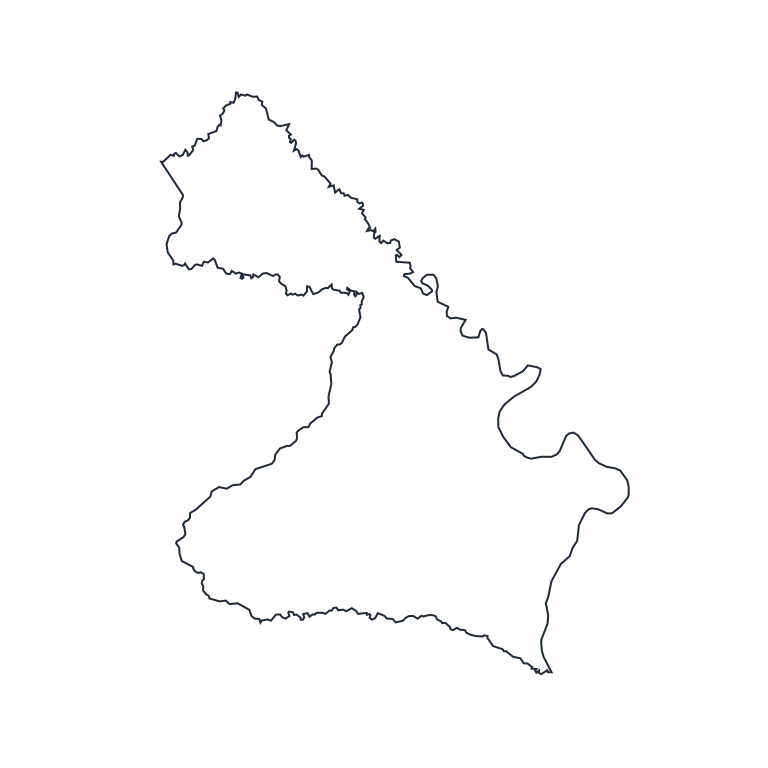 outline of Carolina, Maranhão, Brazil, rotated 172°
{"feature_id": "56859067B38321645183577", "entity_name": "Carolina", "entity_type": "district", "adm_level": 2, "iso_a3": "BRA", "parent_name": "Brazil", "parent_adm1": "Maranhão", "projection": "robinson", "projection_center": [-47.173, -7.453], "detail": "fine", "context": "isolated", "style": "outline", "palette": "slate", "viewbox_px": 768, "rotation_deg": 172, "n_neighbors": 0, "source": "geoboundaries", "source_scale": "gbopen_adm2", "svg_char_len": 6150}
<svg xmlns="http://www.w3.org/2000/svg" viewBox="0 0 768 768"><g transform="rotate(172 384 384)"><path d="M185.6,279.5L198.9,306.0L203.1,309.5L207.5,309.3L210.8,307.3L219.5,292.9L222.7,290.2L228.3,288.6L238.1,290.0L248.7,289.6L253.0,291.5L255.6,293.6L256.3,295.6L267.2,303.8L273.4,315.3L276.7,325.4L275.8,333.6L273.3,340.7L267.9,346.6L262.7,350.0L256.6,353.6L238.8,360.7L232.7,365.4L228.6,371.7L226.8,376.9L229.9,379.3L239.0,382.4L244.8,377.2L254.2,373.8L258.1,373.4L259.8,374.8L265.2,376.0L266.9,380.8L267.2,392.5L268.3,397.5L275.8,403.7L275.9,420.6L278.1,424.4L279.3,424.9L281.4,422.8L284.0,417.1L293.0,417.9L299.5,421.0L300.9,426.0L300.2,428.7L294.3,436.1L303.2,439.6L308.9,439.7L312.1,442.4L312.0,446.5L309.6,451.5L319.4,458.0L319.3,468.0L317.1,472.9L317.1,475.6L317.6,481.4L319.8,485.4L326.5,486.2L330.7,483.6L332.8,481.0L331.9,478.3L327.1,475.5L323.5,470.7L323.6,469.0L329.3,466.1L332.7,468.2L334.3,473.7L339.9,476.6L345.4,485.7L349.3,488.1L348.6,489.9L342.7,489.7L339.6,490.9L342.1,495.2L341.3,496.8L341.6,500.5L354.8,503.3L354.4,509.6L353.2,510.1L351.1,507.5L348.7,509.4L352.8,514.9L349.3,516.9L349.5,523.0L353.7,526.0L357.3,525.1L358.3,522.7L361.3,523.0L364.8,526.1L367.3,523.9L368.7,525.8L367.7,531.3L372.6,529.0L373.7,530.6L372.6,534.8L371.1,535.9L371.0,539.0L373.4,536.7L375.4,538.2L379.5,537.9L377.7,540.3L376.0,540.5L377.3,545.2L380.0,549.8L379.1,551.5L382.0,556.1L379.8,559.3L384.2,561.0L379.9,563.4L379.8,565.3L380.8,566.8L383.0,566.2L385.1,568.1L384.8,570.7L390.6,572.9L393.4,576.2L396.9,575.9L397.3,578.4L399.9,578.9L401.2,583.1L405.8,580.4L406.2,587.7L411.2,586.9L409.0,589.8L414.1,597.8L416.4,599.0L419.5,605.6L421.3,606.8L425.7,606.9L424.4,615.4L426.4,618.9L426.4,621.3L431.9,620.3L433.2,621.7L434.8,620.3L436.2,627.1L437.7,628.8L440.7,627.6L437.5,634.8L437.8,637.2L439.0,638.5L442.3,635.7L443.4,636.5L442.3,639.8L443.8,641.1L443.5,643.0L441.5,643.9L445.4,648.9L441.8,654.5L451.1,653.8L454.0,655.0L456.6,658.7L461.3,662.0L462.6,673.3L466.2,677.4L465.2,680.6L468.5,682.6L469.5,686.3L473.9,686.7L479.6,689.8L481.2,688.8L485.3,690.6L487.8,688.5L488.5,693.0L490.0,693.2L491.6,687.1L493.8,683.4L497.0,684.6L497.2,682.9L501.6,681.8L504.9,679.3L503.9,677.2L506.0,674.3L509.1,672.5L508.2,668.1L509.8,662.8L510.9,663.5L512.9,662.0L514.8,657.8L523.2,656.0L523.2,651.6L525.5,650.1L529.0,649.5L530.7,652.0L534.8,652.8L538.2,646.5L540.8,645.8L540.5,642.2L545.2,637.4L546.7,637.4L546.2,640.4L548.1,643.6L551.4,638.8L555.0,637.9L558.0,641.8L559.8,641.1L560.3,639.2L563.4,640.7L571.7,634.8L573.8,635.1L556.8,599.1L557.2,596.9L560.8,592.2L561.4,586.2L563.8,578.6L561.9,571.7L562.4,569.9L568.9,562.8L573.1,562.6L576.0,560.5L579.9,552.7L579.8,544.4L575.5,535.5L575.9,531.7L573.5,532.1L567.5,529.1L565.4,529.5L564.2,531.0L561.3,524.7L558.6,524.7L554.5,528.3L552.2,528.4L547.9,526.3L545.3,530.2L541.4,528.8L535.7,532.2L534.2,530.2L532.6,522.3L527.4,520.5L524.8,515.2L521.3,514.3L518.9,517.2L515.5,514.0L511.8,514.5L509.4,512.5L501.3,510.2L500.7,507.2L499.0,508.0L498.1,510.7L493.4,507.2L488.9,510.2L485.1,510.3L478.8,506.4L475.8,507.6L473.8,507.1L472.3,504.4L473.7,500.4L471.7,497.4L468.1,494.7L467.4,490.2L468.5,487.2L467.3,485.3L463.7,486.6L462.1,485.2L459.4,485.8L457.1,483.6L453.2,484.0L451.4,482.7L447.3,486.6L446.6,491.4L444.3,490.6L441.6,483.0L440.0,483.0L435.7,484.0L432.2,486.4L427.9,487.3L426.4,486.6L422.0,489.8L422.2,485.9L420.9,484.4L415.0,482.6L414.2,480.5L408.3,479.3L406.8,477.3L404.8,480.9L407.5,482.9L406.9,484.3L403.4,480.8L400.0,479.8L401.2,477.4L400.4,474.9L399.2,475.4L398.1,478.7L396.3,476.6L392.9,477.3L392.0,472.9L394.6,468.9L394.9,466.0L396.4,465.5L396.8,462.3L398.3,461.4L398.0,453.4L402.1,446.4L404.9,444.4L406.6,444.5L408.0,441.7L416.1,436.4L419.9,430.7L422.5,429.3L424.8,429.6L428.3,426.3L429.0,423.9L433.3,418.1L432.5,413.0L436.2,403.7L435.5,401.2L436.2,391.3L440.7,379.3L441.3,372.2L449.4,363.4L450.0,360.9L454.7,360.0L462.6,355.1L464.8,351.8L469.8,352.4L475.4,349.7L477.2,348.1L477.7,342.5L478.9,340.0L485.8,335.8L488.7,336.2L496.1,334.6L501.4,329.3L503.1,323.7L506.3,320.6L523.1,317.6L529.2,310.6L536.1,307.8L540.4,304.5L547.8,304.9L554.4,302.2L561.6,304.9L569.5,301.6L571.6,296.7L587.8,285.8L594.0,283.2L594.8,278.4L597.5,276.1L600.7,275.3L602.7,272.3L601.7,270.7L601.6,262.8L604.0,260.2L611.2,256.9L612.0,255.1L609.6,250.5L610.1,244.7L609.2,238.4L608.6,236.6L598.4,229.3L598.6,227.5L597.0,224.5L594.0,222.6L591.9,223.2L588.9,220.9L589.5,215.9L591.2,214.8L592.3,211.8L591.1,209.0L591.9,204.5L589.3,200.4L587.2,198.9L586.7,195.9L577.0,191.6L570.8,191.5L567.6,187.6L559.4,187.2L548.8,179.1L547.5,172.8L545.0,169.8L540.2,168.7L539.5,164.9L538.1,166.8L532.5,167.1L528.8,165.4L523.1,170.7L518.9,170.2L517.3,167.2L514.1,165.4L510.0,167.4L510.6,171.0L509.5,171.9L505.9,170.6L505.2,167.8L502.9,167.9L499.1,164.3L499.4,162.3L497.4,161.7L495.5,163.8L496.0,167.4L491.6,167.8L490.2,163.9L486.8,165.7L484.3,165.4L482.8,166.8L476.6,166.0L474.0,164.5L469.5,167.3L467.3,166.9L465.3,169.2L462.4,169.3L460.8,166.3L456.1,166.3L453.0,164.2L447.2,166.5L443.1,163.1L441.7,160.0L433.0,159.7L433.0,157.9L430.4,158.2L429.6,156.9L430.8,154.5L428.7,152.3L425.3,153.4L422.1,157.9L415.7,154.3L414.0,151.4L408.1,150.1L405.6,146.3L398.1,147.0L394.9,149.6L391.5,150.7L387.3,150.2L383.4,146.9L379.2,149.3L377.5,148.3L371.6,149.0L367.1,148.0L365.2,146.8L364.1,143.4L360.4,140.9L359.7,139.1L356.4,138.9L352.4,133.9L352.3,132.1L350.1,130.7L345.6,132.4L343.0,130.2L338.1,128.9L337.2,126.4L333.3,123.6L328.2,121.6L321.4,120.3L319.9,121.2L316.5,120.0L316.9,118.2L312.5,109.3L303.5,104.9L302.4,102.6L300.3,102.4L294.1,95.9L287.1,93.4L284.6,88.0L280.7,87.2L276.7,83.1L277.5,81.6L272.7,80.5L274.3,79.1L273.3,76.9L270.3,78.8L270.8,76.4L268.7,74.8L262.1,77.8L261.8,75.8L258.2,75.2L263.9,91.4L264.8,97.9L264.3,106.1L263.7,109.1L255.5,123.7L253.6,131.7L254.3,144.3L251.3,149.6L245.6,165.4L233.9,181.2L223.9,187.8L220.0,195.5L214.5,201.8L210.6,217.1L203.0,228.2L199.1,231.3L195.9,232.1L189.4,230.2L181.0,224.8L176.3,224.2L166.3,230.0L158.4,237.7L157.1,240.3L156.0,248.2L156.5,254.7L162.1,265.4L166.8,268.3L174.9,271.0L182.4,275.8L185.6,279.5ZM509.4,512.5L511.4,508.9L509.7,507.9L508.3,509.2L509.4,512.5Z" fill="none" stroke="#1e293b" stroke-width="2"/></g></svg>